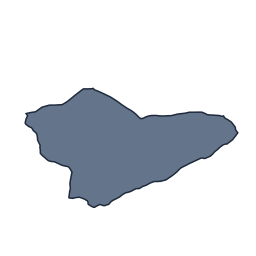 outline of Bartsham, Tashigang, Bhutan, rotated 55°
{"feature_id": "84629894B93354039766562", "entity_name": "Bartsham", "entity_type": "district", "adm_level": 2, "iso_a3": "BTN", "parent_name": "Bhutan", "parent_adm1": "Tashigang", "projection": "equal_earth", "projection_center": [91.601, 27.382], "detail": "fine", "context": "isolated", "style": "filled", "palette": "slate", "viewbox_px": 256, "rotation_deg": 55, "n_neighbors": 0, "source": "geoboundaries", "source_scale": "gbopen_adm2", "svg_char_len": 2595}
<svg xmlns="http://www.w3.org/2000/svg" viewBox="0 0 256 256"><g transform="rotate(55 128 128)"><path d="M194.9,40.8L192.5,40.9L191.2,40.9L188.9,39.7L185.4,39.8L182.7,39.9L181.3,40.3L177.9,41.7L176.4,42.6L174.7,43.0L172.9,42.8L172.3,44.4L170.5,45.7L168.0,48.7L164.0,53.8L162.3,55.6L160.9,56.2L157.5,58.3L155.3,61.4L152.2,65.9L150.2,68.8L148.7,72.6L146.9,75.9L145.1,79.3L143.8,82.6L142.8,85.3L141.4,87.4L138.5,92.1L136.2,95.2L133.9,97.7L131.3,101.5L130.0,104.2L129.2,106.8L128.6,110.5L128.1,111.3L127.7,112.0L126.1,112.8L121.8,113.5L118.7,114.3L115.5,115.4L111.1,117.5L105.1,119.8L99.7,121.6L92.5,124.6L85.4,128.6L80.0,131.8L77.9,133.4L75.4,133.9L75.3,134.8L72.8,138.7L70.4,142.0L70.4,144.8L70.8,152.5L71.2,157.8L71.5,163.1L71.1,168.5L67.7,174.1L64.1,179.4L62.3,184.6L61.6,186.6L61.7,194.3L61.3,195.2L59.6,198.6L57.7,203.2L60.2,203.2L61.1,204.5L62.2,206.4L64.5,209.0L65.3,209.5L66.6,209.5L67.3,209.2L68.3,208.9L69.6,208.6L70.5,208.0L72.3,207.0L73.9,206.8L75.6,207.1L77.9,206.5L79.0,206.2L81.0,206.3L84.1,207.8L86.1,209.0L88.6,209.4L89.7,209.6L91.8,209.9L93.2,211.2L94.6,211.9L96.2,212.8L98.4,214.3L99.4,214.2L101.3,214.0L104.7,213.1L106.9,212.6L109.0,212.0L111.0,210.5L113.4,207.7L118.3,204.8L119.5,204.2L121.4,202.9L122.7,201.7L124.1,200.4L125.3,199.2L127.7,198.8L132.0,199.2L138.0,205.4L140.5,207.7L144.5,209.9L146.7,212.4L147.3,212.9L151.0,216.3L151.7,216.2L154.3,213.1L154.4,212.0L155.5,209.9L156.1,208.7L157.1,207.3L158.5,206.3L160.0,205.3L162.0,204.0L163.3,203.7L164.0,203.1L165.0,203.1L165.6,203.3L166.8,203.9L167.7,204.3L169.7,203.5L171.3,202.8L173.0,201.8L173.7,201.0L173.9,199.8L173.9,198.5L174.1,197.6L174.3,196.3L174.5,195.2L174.9,194.5L177.1,193.0L178.0,192.0L178.4,191.3L178.7,189.5L179.4,188.2L179.4,187.4L178.7,184.6L178.6,182.9L178.8,180.4L179.0,179.4L179.2,178.2L179.3,177.0L179.6,175.1L179.6,174.0L179.6,172.7L179.4,171.6L179.5,169.4L179.6,167.9L179.8,166.8L180.5,165.4L181.6,162.0L181.9,158.8L182.3,156.3L184.1,153.4L184.3,149.4L185.3,146.1L185.8,141.4L186.7,138.0L186.9,137.2L188.9,134.3L189.5,133.2L190.4,131.8L191.1,129.8L192.3,126.7L192.3,123.0L192.4,119.6L192.2,115.7L192.0,113.6L191.9,112.5L191.7,111.8L191.2,109.2L191.0,107.9L191.2,106.7L191.3,105.4L191.4,104.4L191.5,103.7L191.8,102.5L192.2,98.9L192.3,97.9L192.9,95.1L193.1,93.7L194.6,85.3L195.2,84.3L196.3,83.5L197.2,82.2L198.3,76.4L198.1,75.2L198.0,74.1L197.8,72.9L197.3,71.3L197.1,69.3L197.0,67.4L196.9,66.1L196.6,64.8L196.5,63.6L196.4,62.6L196.4,60.5L196.4,59.6L196.6,58.7L196.9,58.0L197.2,57.2L197.9,56.0L197.8,54.3L197.6,49.1L196.2,44.5L194.9,40.8Z" fill="#64748b" stroke="#1e293b" stroke-width="1.5"/></g></svg>